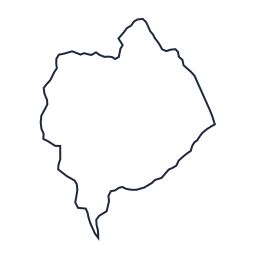 Itirapuã, São Paulo, Brazil, rotated 177°
{"feature_id": "56859067B37772155606082", "entity_name": "Itirapuã", "entity_type": "district", "adm_level": 2, "iso_a3": "BRA", "parent_name": "Brazil", "parent_adm1": "São Paulo", "projection": "natural_earth1", "projection_center": [-47.165, -20.649], "detail": "fine", "context": "isolated", "style": "outline", "palette": "slate", "viewbox_px": 256, "rotation_deg": 177, "n_neighbors": 0, "source": "geoboundaries", "source_scale": "gbopen_adm2", "svg_char_len": 1526}
<svg xmlns="http://www.w3.org/2000/svg" viewBox="0 0 256 256"><g transform="rotate(177 128 128)"><path d="M163.5,19.8L163.3,24.0L163.5,27.8L164.5,33.1L164.5,38.1L161.4,41.8L153.7,46.0L152.2,50.9L150.8,55.9L151.1,61.3L148.4,65.8L144.0,66.4L140.1,68.8L136.6,69.4L133.5,67.5L129.7,66.5L126.5,66.0L122.7,65.9L114.9,67.7L107.1,71.8L103.8,74.7L97.1,76.4L93.2,80.5L89.4,84.4L85.5,85.9L81.7,87.9L79.0,92.9L73.9,97.0L70.4,99.5L66.6,101.8L64.8,106.8L62.4,110.3L59.4,112.2L57.2,115.4L54.0,119.2L49.3,122.7L44.9,125.2L41.1,127.1L43.0,134.5L44.8,140.2L57.2,172.4L58.7,176.5L62.0,180.6L65.4,183.9L69.2,187.7L70.1,193.2L73.5,196.5L74.1,201.3L76.5,204.2L81.3,204.0L85.8,202.8L89.8,204.8L92.1,209.6L94.5,213.5L96.6,216.4L98.1,220.1L100.7,223.4L102.3,227.6L104.4,232.8L107.6,236.2L113.1,235.8L116.5,234.0L119.5,230.1L123.9,227.8L126.7,224.3L132.8,217.9L129.0,211.0L131.4,207.5L133.5,199.4L137.3,197.6L140.0,199.6L143.6,200.3L147.8,200.3L152.5,202.4L156.0,205.2L160.9,202.8L168.0,205.0L171.5,203.8L179.7,207.5L188.0,205.6L193.3,204.8L195.9,200.9L196.3,195.8L195.9,191.4L198.8,187.5L203.1,179.8L206.9,176.1L210.1,172.4L209.6,166.5L207.4,160.3L207.3,155.8L210.1,151.0L213.9,144.8L214.9,138.1L214.5,131.8L212.5,126.4L213.2,121.6L208.6,119.0L205.7,116.9L201.7,114.0L196.6,113.6L196.9,108.5L197.1,104.1L197.3,100.4L199.4,94.6L199.9,90.3L191.4,83.0L184.2,78.4L182.1,74.7L181.8,68.9L183.4,61.3L184.6,56.5L182.1,50.9L174.3,49.7L172.7,44.9L172.2,41.2L170.9,35.9L169.6,32.2L166.6,24.5L163.5,19.8Z" fill="none" stroke="#1e293b" stroke-width="2"/></g></svg>